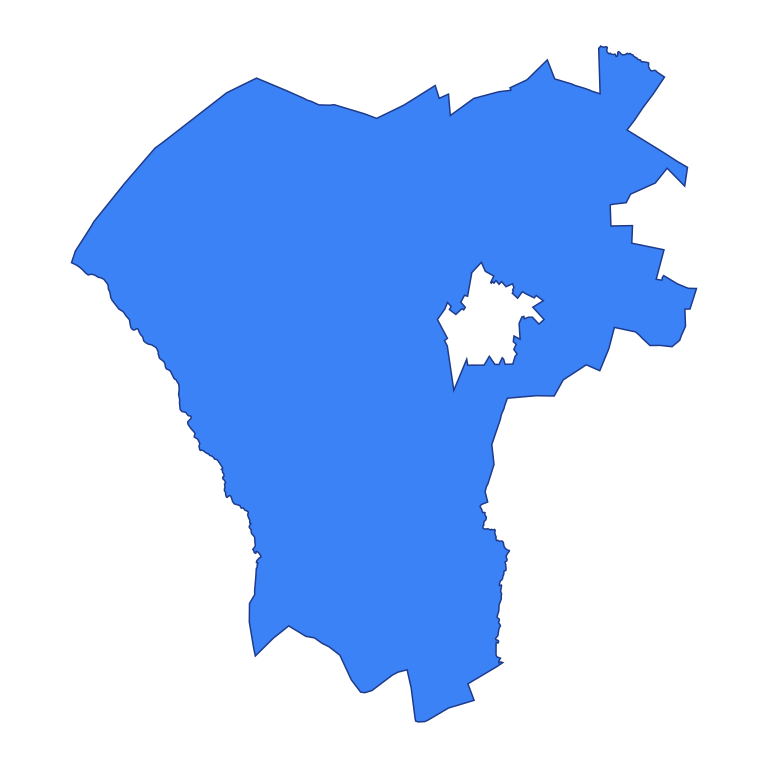 the district of Gweru, Midlands, Zimbabwe
{"feature_id": "62879985B38074336306054", "entity_name": "Gweru", "entity_type": "district", "adm_level": 2, "iso_a3": "ZWE", "parent_name": "Zimbabwe", "parent_adm1": "Midlands", "projection": "equal_earth", "projection_center": [29.6, -19.532], "detail": "fine", "context": "isolated", "style": "filled", "palette": "blue", "viewbox_px": 768, "rotation_deg": 0, "n_neighbors": 0, "source": "geoboundaries", "source_scale": "gbopen_adm2", "svg_char_len": 6028}
<svg xmlns="http://www.w3.org/2000/svg" viewBox="0 0 768 768"><path d="M151.4,344.7L156.0,347.5L157.2,349.4L158.2,352.0L158.2,353.9L159.5,358.2L163.9,361.7L165.0,364.0L165.4,366.9L166.3,368.8L168.5,369.8L170.4,371.1L173.8,378.0L174.7,379.1L175.9,379.6L178.8,384.4L179.2,389.3L178.6,394.5L179.7,399.7L179.5,403.1L180.2,409.5L181.9,411.5L185.7,412.3L188.0,415.4L188.8,415.9L190.4,415.9L191.2,416.6L191.2,417.5L190.7,418.6L187.8,421.8L187.8,423.6L188.3,424.8L191.0,428.6L194.6,432.6L195.0,434.0L194.3,436.1L194.3,437.1L197.6,439.0L199.8,443.3L199.0,446.4L199.7,449.5L200.3,450.4L201.6,450.1L202.9,450.5L206.6,453.2L208.6,454.0L209.8,455.5L211.1,455.7L213.1,457.0L214.8,459.2L216.5,459.4L217.8,460.5L222.7,467.9L222.5,468.6L221.4,469.3L222.5,470.2L222.5,472.1L223.9,474.2L223.9,476.3L222.8,477.1L222.7,478.3L223.1,479.1L224.5,480.3L225.6,482.7L224.5,484.0L225.0,487.0L224.4,489.1L224.5,490.8L225.5,492.2L225.7,494.8L226.3,496.8L226.8,497.3L227.4,497.2L229.1,495.7L230.4,495.8L231.2,497.2L232.7,501.7L234.2,503.8L239.8,505.5L241.2,508.1L242.9,508.0L243.7,508.4L244.7,510.0L247.5,511.3L248.2,512.1L248.2,513.6L247.7,514.1L247.8,515.3L248.6,517.9L249.8,520.1L249.7,522.8L251.0,523.9L250.1,524.7L249.4,525.9L249.2,526.7L249.4,527.6L251.1,529.7L251.2,532.2L251.7,533.7L254.4,536.7L254.8,538.3L254.9,542.4L255.3,545.1L255.2,546.2L252.8,549.5L253.5,550.2L254.3,552.6L255.3,553.2L256.0,553.0L256.1,551.5L257.0,551.4L259.1,553.3L260.9,556.2L260.7,557.5L259.5,557.7L257.1,560.3L256.5,561.5L256.5,562.7L257.5,562.7L257.9,563.3L257.2,564.9L257.1,567.5L256.3,568.4L255.9,575.8L254.6,590.9L254.7,594.6L249.5,603.4L249.3,622.0L253.5,647.1L255.3,656.0L273.3,638.2L288.7,625.9L305.8,636.3L314.5,637.9L322.2,643.4L328.9,646.7L339.9,655.2L351.3,679.8L360.6,692.1L364.9,692.7L372.0,690.5L392.2,675.2L397.8,672.2L407.1,669.8L411.2,688.0L415.1,718.6L415.7,721.1L418.1,721.9L424.7,721.6L428.0,720.1L448.5,708.0L474.1,700.3L467.9,683.8L496.2,667.0L502.8,662.6L500.8,661.9L498.9,662.8L498.8,661.2L500.5,658.2L497.2,657.0L496.5,656.3L496.0,654.5L496.1,642.8L496.3,642.4L496.8,642.4L497.9,643.0L498.4,642.4L498.6,641.5L498.4,640.8L497.7,640.2L496.3,639.9L495.5,639.0L495.5,638.6L497.9,635.6L498.9,629.1L499.5,627.4L500.4,626.1L500.4,625.4L498.5,622.5L499.4,620.2L499.2,619.0L498.5,618.7L496.9,616.9L498.8,611.1L499.1,604.8L501.3,598.9L501.2,596.1L501.6,593.6L500.9,592.3L500.7,590.8L501.6,585.5L501.3,585.0L499.4,585.5L499.4,584.2L500.3,580.9L501.7,580.0L502.5,578.7L503.0,575.9L503.7,574.7L504.0,571.4L504.6,570.6L505.7,570.6L506.1,569.6L505.7,564.5L505.0,562.4L505.2,561.9L506.9,560.8L507.1,559.4L506.1,556.8L506.3,555.8L507.8,553.1L509.2,551.5L509.4,550.7L509.1,550.4L507.1,549.9L504.9,547.9L504.0,546.2L503.3,542.4L502.3,541.2L501.2,541.0L499.9,541.4L497.7,540.2L496.7,540.6L495.9,539.3L496.1,536.9L495.2,534.6L494.8,532.5L495.2,530.2L494.4,529.4L493.0,529.9L491.3,529.3L490.3,529.9L487.8,528.7L486.4,529.1L485.9,528.9L484.3,529.1L483.2,528.4L482.9,527.0L483.3,525.5L483.8,525.2L483.7,523.7L484.2,521.5L486.0,519.6L486.3,516.9L485.4,516.0L484.7,513.7L485.1,512.8L484.5,512.4L482.6,512.5L481.6,509.2L480.9,507.8L480.1,506.9L480.2,505.9L481.7,504.4L487.7,502.0L485.1,491.7L486.5,486.5L487.9,483.9L494.0,464.4L491.8,444.5L500.3,419.5L501.4,414.4L504.0,408.5L504.7,405.6L507.4,398.2L536.2,395.7L554.2,396.0L563.2,379.9L586.3,364.8L599.8,370.7L608.8,348.8L614.4,327.4L635.5,331.9L639.6,335.4L642.0,338.0L650.0,345.5L660.1,345.4L672.0,346.7L679.7,340.3L681.3,335.7L685.5,326.3L684.9,309.1L690.0,309.0L696.5,288.5L688.5,288.3L686.7,287.7L677.3,283.8L663.7,275.6L662.1,278.0L662.4,278.9L661.8,280.2L656.2,279.3L664.0,249.8L631.8,243.2L632.5,225.6L610.9,226.0L610.2,204.9L613.1,204.2L626.2,202.7L630.6,194.1L655.3,183.0L667.1,168.2L684.7,186.1L687.5,167.4L677.1,161.3L662.7,152.0L627.0,130.0L634.7,119.9L642.9,107.7L653.4,93.7L664.5,77.1L657.5,72.4L655.5,70.5L654.0,70.4L652.1,71.0L650.4,70.3L648.7,67.2L648.5,65.9L648.7,63.1L648.0,62.6L643.5,61.8L641.7,61.9L640.3,60.0L638.1,59.6L637.1,58.2L633.9,56.4L632.7,54.8L631.8,54.7L630.0,53.4L628.2,54.1L627.3,53.3L624.9,54.7L622.7,54.9L621.2,54.0L619.3,52.0L618.4,51.7L617.9,52.2L617.7,55.0L617.2,56.2L616.5,56.5L615.9,56.2L615.6,54.6L614.9,54.1L614.0,54.5L611.5,54.3L610.2,53.2L609.0,53.8L607.7,52.7L606.9,51.5L606.7,50.5L607.3,47.4L606.1,46.7L603.3,47.2L600.6,46.1L599.4,47.9L598.7,48.2L600.1,93.8L590.7,90.8L590.4,90.4L584.2,88.2L575.4,85.6L571.7,84.0L554.7,78.9L547.3,59.9L527.0,79.8L510.0,87.8L510.8,89.4L510.8,90.3L499.0,91.7L473.8,98.4L450.3,115.5L448.5,94.1L439.2,98.3L435.2,85.5L403.9,105.1L376.6,118.4L365.0,114.0L334.2,104.7L329.7,105.2L318.9,104.9L311.3,101.4L307.0,100.1L304.6,98.7L286.6,90.7L256.5,78.1L226.8,92.7L161.6,143.3L155.0,148.1L125.0,182.9L93.9,221.6L90.9,226.8L75.4,251.0L71.5,262.7L76.2,264.9L78.8,266.6L81.9,269.1L86.2,273.5L88.2,274.9L91.0,274.3L92.6,274.4L95.1,275.3L98.3,277.3L100.6,277.7L103.9,279.3L107.7,284.3L108.2,286.1L108.4,289.1L109.9,292.3L110.8,297.6L112.2,300.4L118.9,309.1L122.9,311.5L124.4,313.3L125.9,315.7L129.4,319.7L130.5,326.1L131.1,327.9L132.4,329.5L133.6,330.0L134.7,329.9L136.6,328.7L137.4,328.7L138.3,329.6L139.4,332.5L140.8,334.9L142.7,336.9L143.6,340.5L144.1,341.3L145.9,342.8L148.5,344.2L151.4,344.7ZM481.4,262.3L485.3,271.3L493.8,276.0L490.7,282.5L491.3,283.2L492.7,281.9L494.0,283.1L496.0,280.6L499.1,284.3L501.6,281.6L506.0,286.7L512.5,283.8L513.9,287.4L512.6,290.1L513.3,291.3L512.3,293.2L517.6,298.2L522.4,291.7L525.7,293.7L534.2,297.9L536.2,295.5L543.3,300.7L532.8,307.2L544.1,319.5L538.9,324.1L532.4,317.2L528.5,317.2L524.3,318.8L523.8,316.4L521.9,316.9L519.1,323.4L520.1,339.2L514.0,336.0L513.3,341.7L516.2,344.3L513.8,349.4L517.0,354.0L515.0,356.6L512.8,364.1L505.1,364.3L503.6,359.2L502.2,357.8L499.0,364.5L494.9,364.4L489.3,356.3L484.1,365.1L467.8,365.2L466.7,359.2L453.8,390.3L447.3,346.0L444.5,340.6L447.4,338.3L437.4,319.5L444.8,309.1L447.5,302.5L451.1,306.4L449.4,309.6L455.8,314.4L462.1,308.6L463.7,309.9L465.3,307.3L460.8,302.2L464.5,295.3L467.6,296.2L471.8,272.8L471.6,272.8L481.4,262.3Z" fill="#3b82f6" stroke="#1e3a8a" stroke-width="1.5"/></svg>